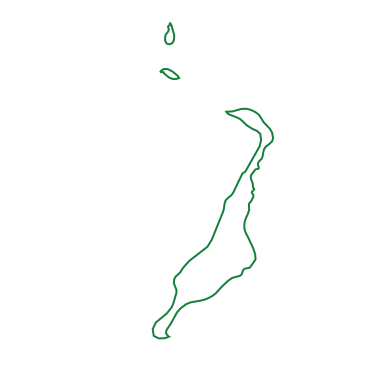 the border of Antique, rotated 22°
{"feature_id": "PHL-2526", "entity_name": "Antique", "entity_type": "Province", "adm_level": 1, "iso_a3": "PHL", "parent_name": "Philippines", "parent_adm1": "", "projection": "mercator", "projection_center": [121.948, 11.272], "detail": "fine", "context": "isolated", "style": "outline", "palette": "green", "viewbox_px": 384, "rotation_deg": 22, "n_neighbors": 0, "source": "natural_earth", "source_scale": "10m", "svg_char_len": 2128}
<svg xmlns="http://www.w3.org/2000/svg" viewBox="0 0 384 384"><g transform="rotate(22 192 192)"><path d="M224.8,334.8L221.8,337.6L216.0,340.2L210.4,339.7L206.9,333.8L207.4,326.5L214.3,313.6L216.4,306.1L216.4,302.1L215.3,291.1L214.2,288.5L209.4,283.5L208.2,279.6L208.6,276.4L211.1,271.2L212.1,265.8L215.3,256.8L226.8,237.1L228.2,229.0L228.2,199.0L227.8,195.3L226.7,191.3L226.3,187.3L227.7,183.8L229.6,180.5L230.5,176.8L231.8,156.1L232.2,155.2L233.0,154.3L233.8,153.1L237.6,124.3L236.6,118.0L233.6,112.6L229.4,111.0L224.1,110.8L217.6,109.6L211.8,107.2L208.9,106.3L205.2,106.0L198.7,106.2L195.7,105.9L193.8,104.7L199.2,102.2L206.7,96.5L211.3,94.4L215.7,93.8L220.6,94.1L225.2,95.3L232.2,100.4L240.7,104.3L244.2,107.2L247.0,111.8L247.3,115.0L245.9,118.1L243.5,122.3L242.8,125.3L243.2,128.3L243.9,131.4L244.2,134.3L243.8,136.0L243.1,137.5L242.5,139.2L242.6,141.3L243.1,142.2L244.7,144.3L245.0,144.9L244.6,145.8L242.8,146.9L242.3,147.6L240.6,153.7L240.5,155.2L241.7,157.6L245.3,161.6L246.6,164.5L247.3,165.3L248.2,165.6L248.7,166.1L248.3,167.5L247.8,168.4L247.5,169.0L247.5,169.5L247.8,170.3L248.2,170.7L249.1,171.1L250.0,171.7L250.5,172.8L250.7,174.1L250.4,177.5L250.1,179.1L249.5,180.5L249.3,181.8L250.1,183.6L251.7,187.1L252.0,191.5L251.8,196.0L252.1,200.3L253.3,204.2L254.9,207.2L257.2,209.8L260.5,212.6L269.8,221.2L274.1,226.4L276.2,230.9L274.0,240.2L273.0,241.2L270.1,243.0L269.1,244.0L268.6,245.8L269.0,249.1L268.5,250.8L267.1,252.4L262.9,255.4L261.1,257.1L258.7,260.8L254.9,269.1L252.0,277.1L249.9,280.6L247.3,283.8L244.6,286.6L240.5,289.6L232.2,294.7L228.7,298.1L225.1,303.9L223.2,309.3L221.7,321.7L220.1,329.4L220.7,332.7L224.1,334.7L224.8,334.8ZM116.6,53.0L117.7,55.7L118.4,58.7L117.9,61.4L115.8,63.5L112.8,63.9L110.6,62.0L109.3,59.2L108.7,56.4L108.9,55.1L109.9,51.5L109.4,49.6L108.4,48.5L107.8,47.4L108.7,45.6L108.3,44.2L108.4,43.8L109.9,44.5L116.6,53.0ZM128.3,87.5L134.6,89.4L137.3,91.1L135.8,92.6L132.0,94.4L128.1,94.5L125.1,93.7L123.3,92.9L122.4,92.8L121.6,92.4L120.8,91.6L120.0,91.8L118.6,92.6L117.7,92.2L118.2,90.6L119.9,88.5L122.9,87.3L124.6,87.2L128.3,87.5Z" fill="none" stroke="#15803d" stroke-width="2"/></g></svg>